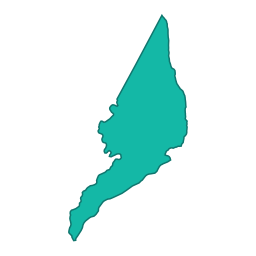 Taquarussu, Mato Grosso do Sul, Brazil (Mercator projection)
{"feature_id": "56859067B62944394894072", "entity_name": "Taquarussu", "entity_type": "district", "adm_level": 2, "iso_a3": "BRA", "parent_name": "Brazil", "parent_adm1": "Mato Grosso do Sul", "projection": "mercator", "projection_center": [-53.459, -22.669], "detail": "fine", "context": "isolated", "style": "filled", "palette": "teal", "viewbox_px": 256, "rotation_deg": 0, "n_neighbors": 0, "source": "geoboundaries", "source_scale": "gbopen_adm2", "svg_char_len": 3872}
<svg xmlns="http://www.w3.org/2000/svg" viewBox="0 0 256 256"><path d="M170.6,160.0L170.0,157.8L169.1,156.6L168.0,155.9L166.8,155.6L165.1,155.0L165.3,153.5L165.9,152.6L166.1,151.5L167.0,150.7L168.3,149.9L168.9,148.9L169.7,148.4L170.6,148.0L172.0,147.8L173.1,148.2L174.1,147.8L175.4,147.2L176.5,147.1L177.4,146.6L178.2,146.2L179.2,146.3L181.2,146.1L181.6,144.5L182.1,143.6L183.1,142.6L183.5,140.4L183.9,138.5L183.9,137.4L184.3,136.5L185.2,135.8L185.8,135.0L186.5,133.9L186.8,132.2L186.7,130.8L186.9,129.4L187.0,128.1L187.1,127.0L186.6,125.5L187.0,124.1L186.8,122.5L187.1,121.1L186.1,120.1L185.2,118.7L185.5,117.6L185.6,116.4L185.4,115.1L185.4,113.6L185.2,112.2L185.2,111.1L185.1,110.1L185.2,108.9L185.4,107.9L186.0,107.0L185.8,105.8L185.7,103.9L185.6,102.3L185.5,101.3L185.2,99.0L185.1,97.7L184.8,95.8L184.1,94.4L183.7,93.3L183.3,92.1L182.7,90.9L181.1,89.5L180.0,88.6L179.6,87.7L178.6,86.4L177.9,85.2L177.3,84.4L176.7,83.3L176.2,81.5L175.7,79.9L175.4,78.2L175.0,76.8L174.7,75.7L175.2,74.3L175.2,73.3L175.1,72.0L174.9,70.5L173.9,69.2L172.9,68.7L171.6,67.8L170.9,66.1L170.5,64.4L169.9,62.6L169.5,61.7L169.4,60.5L169.2,58.4L168.8,57.0L168.6,55.4L168.9,53.9L169.0,52.7L168.8,51.5L168.5,50.1L168.6,48.8L168.6,47.3L168.5,45.5L168.6,42.6L168.7,40.7L168.5,38.8L168.2,37.3L168.1,35.6L168.0,33.7L168.0,32.5L168.0,31.3L168.0,29.8L167.8,28.6L167.4,27.2L167.2,25.8L167.2,23.9L166.7,22.6L166.5,21.4L165.9,20.2L165.0,19.3L164.3,18.3L163.4,17.3L162.6,16.5L161.9,15.4L135.7,64.7L117.0,99.1L117.5,100.5L117.0,101.5L116.8,102.5L117.3,104.1L117.9,105.6L117.0,106.3L116.0,105.8L115.1,105.4L114.1,105.0L112.8,104.8L111.7,105.3L110.6,106.4L109.8,107.7L109.7,108.8L110.0,109.8L110.6,110.6L111.5,112.1L112.9,113.2L113.6,114.0L113.4,115.3L112.6,115.9L111.5,117.0L110.8,117.8L109.7,119.0L108.4,119.8L106.9,120.9L105.6,121.8L103.9,122.3L102.4,121.3L101.1,121.1L100.3,122.1L99.6,123.6L99.2,124.7L99.2,125.9L98.7,127.0L99.3,128.3L99.0,129.4L98.2,130.6L98.2,131.7L98.8,132.8L100.1,133.4L101.8,134.0L102.7,134.9L103.0,135.8L102.8,137.0L102.2,138.1L101.9,139.2L102.1,140.5L102.6,141.8L103.6,142.5L104.7,142.8L105.7,143.0L106.4,144.1L106.5,145.7L106.0,147.3L105.4,148.5L104.7,149.2L104.3,150.1L104.2,151.4L104.8,152.9L106.1,153.1L107.3,152.3L108.2,151.2L109.2,150.6L110.5,151.5L111.1,152.7L110.5,154.0L109.8,154.9L109.4,156.4L111.1,156.8L112.7,156.0L114.3,155.3L115.4,154.8L116.2,154.3L117.5,153.9L119.0,153.8L119.9,154.0L120.8,154.8L121.0,156.3L121.3,157.6L120.4,159.0L119.1,159.5L118.0,159.4L117.1,159.1L115.7,159.2L114.9,160.1L114.2,161.3L113.2,162.4L112.7,163.8L112.5,165.5L110.7,167.2L110.1,168.6L109.5,169.6L108.3,169.9L106.9,170.4L105.7,171.8L104.5,172.6L103.5,173.0L101.6,173.9L99.7,174.7L98.6,175.5L97.7,177.4L97.1,179.0L96.6,180.5L96.8,181.6L96.7,182.9L95.9,183.9L94.7,184.6L93.7,185.0L92.2,185.5L91.0,185.6L90.1,185.9L88.7,186.9L87.6,187.6L86.6,188.7L85.9,189.9L84.7,190.7L83.4,191.2L82.3,192.6L82.6,194.2L82.2,195.8L81.6,196.6L80.9,197.3L80.6,198.3L80.9,199.6L81.1,200.5L81.0,201.6L79.5,203.2L79.5,205.0L79.1,206.4L78.0,207.1L76.9,207.9L75.9,208.6L74.2,209.3L72.9,209.8L71.5,210.2L70.4,211.6L70.2,212.7L70.2,213.9L70.6,215.0L70.2,216.3L70.0,217.5L69.9,218.5L70.1,219.9L70.5,221.3L70.9,223.4L71.0,224.6L70.5,226.3L69.7,227.7L69.3,229.3L68.9,231.2L68.9,232.7L69.5,233.5L70.6,234.6L71.8,235.8L72.0,237.4L73.7,240.6L75.7,240.3L75.7,239.0L76.2,237.9L77.5,236.1L81.1,230.5L82.4,227.7L83.0,224.9L84.0,222.8L85.5,221.0L89.6,217.7L91.1,216.9L93.9,216.2L95.3,215.0L96.1,214.2L98.4,210.9L98.5,208.7L98.9,207.4L102.8,202.1L104.3,200.8L106.4,199.7L107.7,199.1L110.0,198.8L112.6,197.7L113.5,197.3L116.3,196.0L122.0,193.3L126.3,190.4L132.5,185.9L139.1,182.9L141.2,180.8L142.3,180.1L144.9,176.7L145.8,175.7L147.0,174.8L148.7,174.1L151.5,173.7L154.9,173.1L156.9,171.3L157.9,169.2L159.5,166.3L160.9,164.9L162.0,164.4L163.2,163.7L167.6,161.9L170.6,160.0Z" fill="#14b8a6" stroke="#0f766e" stroke-width="1.5"/></svg>